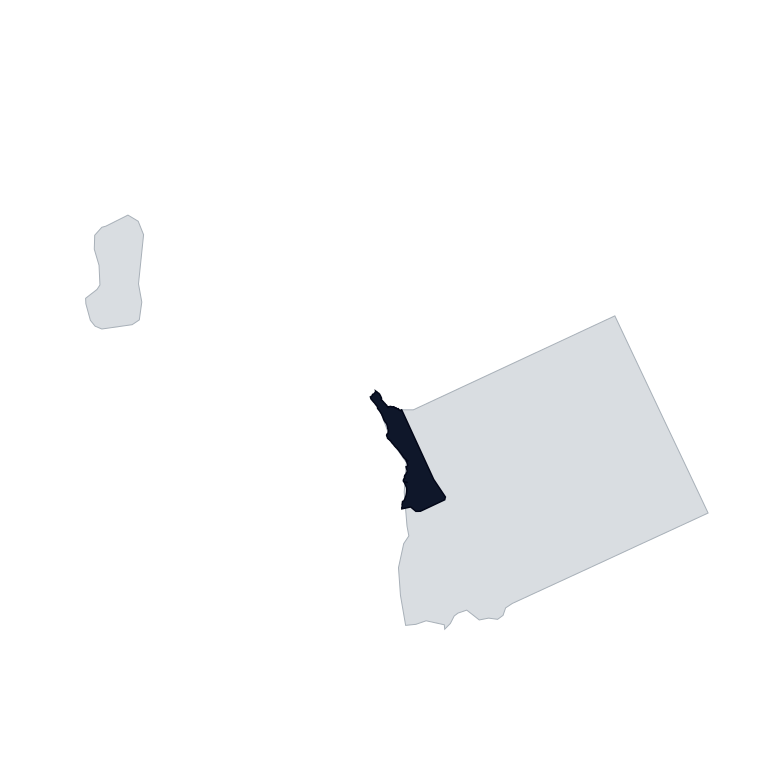 Bata, Litoral, Equatorial Guinea (highlighted), rotated 335°
{"feature_id": "11065452B98139425844484", "entity_name": "Bata", "entity_type": "district", "adm_level": 2, "iso_a3": "GNQ", "parent_name": "Equatorial Guinea", "parent_adm1": "Litoral", "projection": "robinson", "projection_center": [9.804, 2.002], "detail": "fine", "context": "in_parent", "style": "filled", "palette": "ink", "viewbox_px": 768, "rotation_deg": 335, "n_neighbors": 0, "source": "geoboundaries", "source_scale": "gbopen_adm2", "svg_char_len": 6210}
<svg xmlns="http://www.w3.org/2000/svg" viewBox="0 0 768 768"><g transform="rotate(335 384 384)"><path d="M622.0,419.8L622.2,463.1L622.4,499.6L622.6,539.2L622.9,580.4L623.1,615.3L623.2,637.9L589.4,637.8L544.6,637.6L499.8,637.5L455.0,637.3L432.4,637.2L407.6,637.1L399.6,638.3L394.1,644.0L387.5,645.3L379.9,640.4L370.6,638.1L368.1,633.1L363.4,623.9L354.2,622.9L349.6,623.9L342.9,629.1L335.4,631.9L336.9,627.7L322.1,616.4L311.4,615.3L301.6,611.9L309.6,582.5L319.5,556.6L334.4,537.0L342.3,532.2L344.8,522.5L356.6,490.6L371.1,464.6L366.6,438.4L370.1,394.2L374.3,395.5L374.9,399.6L376.0,405.8L381.5,411.3L399.6,419.8L453.5,419.8L485.7,419.8L533.3,419.8L583.7,419.8L622.0,419.8ZM194.5,122.7L198.6,123.4L223.3,122.7L230.0,132.6L229.2,147.1L203.8,189.5L199.1,207.4L189.3,222.5L180.8,223.8L151.5,214.9L146.6,209.5L144.8,202.2L147.7,185.3L149.8,180.2L163.9,177.0L168.4,174.2L175.9,156.0L178.4,139.4L184.7,126.9L194.5,122.7Z" fill="#d9dde1" stroke="#a8b0b8" stroke-width="1"/><path d="M389.1,414.2L388.9,414.8L388.8,415.0L388.6,415.2L388.4,415.4L388.1,415.2L387.9,415.2L387.5,415.0L387.4,414.8L387.4,414.6L387.2,414.3L387.1,414.1L386.6,413.7L386.4,413.4L386.4,413.0L386.6,412.7L386.5,412.4L386.4,412.4L386.1,412.3L385.8,412.2L385.6,412.1L385.4,411.9L385.3,411.6L385.2,411.5L385.2,411.4L385.1,411.0L385.0,410.9L384.9,411.1L384.7,411.1L384.4,411.1L384.3,410.9L384.1,410.3L383.9,410.3L383.8,410.1L383.7,410.0L383.7,409.9L383.7,409.6L383.5,409.3L383.5,409.1L383.3,408.8L383.2,408.7L382.8,408.5L382.4,408.4L381.4,408.0L381.2,407.9L381.1,407.7L380.9,407.4L380.5,407.1L380.1,406.9L379.8,406.9L379.4,406.8L379.2,406.8L378.6,406.5L378.2,406.4L377.9,406.2L377.8,406.3L377.9,406.6L377.9,406.9L377.9,407.1L377.7,407.1L377.6,406.8L377.6,406.3L377.6,406.1L377.6,405.9L377.5,405.7L377.4,405.0L377.4,404.7L377.4,404.4L377.4,404.2L377.0,403.6L376.7,402.8L376.7,402.1L376.5,401.8L376.4,401.6L376.3,401.3L376.1,400.9L376.0,400.4L376.0,400.0L375.9,399.9L375.8,399.5L375.6,399.3L375.6,399.1L375.5,398.7L375.4,398.0L375.3,397.9L375.2,397.9L374.9,397.7L374.7,397.6L374.7,397.3L374.8,397.0L375.1,396.8L375.2,396.7L375.3,396.2L375.6,396.1L375.6,395.8L375.7,395.6L375.8,395.4L375.7,395.0L375.8,394.8L375.8,394.1L375.8,393.3L375.8,392.6L375.7,392.1L375.7,391.9L375.7,391.6L375.7,391.3L375.6,391.2L375.4,390.9L375.4,390.6L375.4,390.3L375.3,390.1L375.2,390.0L374.8,389.4L374.4,389.0L374.3,388.9L374.4,388.3L374.3,388.2L374.1,387.9L373.9,387.6L373.8,387.4L373.7,387.2L373.5,386.9L373.4,386.7L373.3,387.1L373.2,387.2L373.0,387.4L372.8,387.6L372.2,387.9L372.0,388.1L371.5,388.4L371.2,388.4L370.8,388.6L370.6,388.7L370.1,388.7L369.7,388.6L369.4,388.6L369.2,388.7L369.0,388.8L368.9,388.9L368.9,389.0L368.7,389.3L368.6,389.6L368.4,389.6L368.2,389.7L368.0,389.8L367.8,389.8L367.7,389.8L367.6,389.7L367.4,389.7L367.2,389.8L367.0,390.0L366.8,390.0L366.7,390.1L366.3,390.0L366.3,390.3L366.2,390.4L366.1,390.5L366.1,391.0L366.0,391.3L366.0,391.5L365.9,391.9L365.9,392.1L366.1,392.5L366.2,392.8L366.3,393.1L366.3,393.4L366.3,393.6L366.4,393.9L366.4,394.0L366.5,394.3L366.6,394.6L366.8,395.2L366.9,395.6L366.9,395.8L367.4,397.1L367.6,398.3L367.7,398.8L368.0,400.1L368.3,401.0L368.3,401.7L368.3,402.0L368.2,402.6L368.2,402.8L367.9,403.2L367.9,403.7L368.1,404.4L368.2,404.8L368.7,407.0L368.8,408.2L369.0,409.6L369.1,410.2L369.1,410.8L369.0,411.1L369.1,412.2L369.0,413.2L369.0,413.6L368.9,414.1L369.0,414.6L368.8,415.5L368.8,416.0L368.8,416.8L368.8,417.4L368.9,417.7L369.1,419.1L369.2,419.7L369.4,420.3L369.5,421.1L369.5,421.7L369.3,423.1L369.1,424.2L369.0,424.8L368.9,425.0L368.8,425.3L368.6,425.8L368.5,426.6L368.5,426.9L368.5,427.1L368.5,427.3L368.4,427.5L368.3,427.8L368.2,428.1L368.1,428.3L368.0,428.5L367.8,428.8L367.4,429.5L366.9,430.0L366.4,430.7L366.3,430.8L366.2,430.8L365.9,430.7L365.7,430.8L365.6,430.7L365.2,431.0L364.7,431.5L364.7,431.9L364.6,432.3L364.5,432.6L364.5,432.8L364.7,433.3L364.7,433.5L364.3,434.2L364.3,434.5L364.5,435.2L364.8,435.9L364.8,436.0L365.0,436.1L365.2,436.4L365.3,436.6L365.3,437.0L365.4,437.4L365.5,437.6L365.6,437.8L365.8,438.1L366.0,438.3L366.0,438.5L366.0,439.0L366.1,439.5L366.4,440.9L366.5,441.4L366.9,442.4L367.0,442.8L367.2,443.2L367.2,444.0L367.5,445.0L367.7,445.6L367.9,446.2L368.0,446.6L368.2,447.0L368.3,447.2L368.3,447.3L368.7,447.6L368.8,447.8L368.7,447.9L368.7,448.0L368.6,448.3L368.8,448.9L369.1,449.7L369.4,451.1L369.7,452.9L370.0,454.0L370.1,454.8L370.4,456.2L370.4,456.7L370.5,457.1L370.8,458.9L371.0,459.3L371.1,459.7L371.4,460.6L371.5,461.2L371.7,461.4L371.8,461.5L372.1,461.7L372.3,462.0L372.3,462.4L372.3,462.5L372.3,463.1L372.6,463.4L372.9,463.7L372.6,463.7L372.3,463.6L372.2,463.4L372.1,462.8L371.9,462.4L371.7,462.4L371.6,462.7L371.7,463.4L371.6,463.9L371.7,464.3L371.6,464.8L371.6,465.5L371.5,465.8L371.4,466.3L371.4,466.8L371.3,467.6L370.8,468.0L370.4,468.2L370.0,468.4L369.7,468.5L369.1,468.3L368.9,468.4L368.9,468.7L368.9,469.0L368.9,469.4L368.8,469.7L368.7,469.8L368.5,471.4L368.5,471.8L368.3,472.3L368.0,473.0L367.6,473.5L367.4,473.7L367.1,473.9L366.7,474.1L366.4,474.3L366.2,474.6L366.0,475.1L365.8,475.2L365.6,475.2L365.3,475.1L364.8,475.3L364.2,475.6L363.9,476.0L363.7,476.2L363.6,476.5L363.4,476.8L363.2,476.9L363.1,477.2L363.0,477.5L362.9,478.0L363.0,478.2L362.9,478.3L362.5,478.3L362.0,478.3L361.8,478.5L361.4,478.8L361.1,479.1L360.9,479.4L360.7,479.7L360.5,480.3L360.5,480.5L360.6,481.1L360.7,481.3L361.2,481.5L361.9,481.8L362.1,481.8L362.3,482.0L362.6,482.0L362.8,482.1L362.9,482.3L363.2,482.7L363.3,482.8L363.3,483.0L363.2,483.0L363.0,482.8L362.9,482.6L362.6,482.4L362.3,482.3L362.1,482.1L361.8,482.0L361.5,481.8L361.3,481.8L360.9,481.7L360.8,481.9L360.8,482.6L360.8,483.6L360.8,484.2L360.7,485.9L360.8,486.8L360.6,487.6L360.4,488.3L360.1,489.1L359.8,489.7L359.0,491.2L358.4,492.2L357.4,493.6L357.0,494.2L356.2,495.0L355.4,495.8L354.7,496.6L353.9,497.3L353.6,497.5L353.1,497.9L352.7,498.2L352.4,498.4L352.2,498.4L351.8,498.3L351.6,498.3L351.3,498.3L351.0,498.5L350.8,498.8L350.5,499.4L350.2,500.0L349.9,500.4L349.6,500.5L349.4,501.1L349.0,502.2L348.8,502.5L348.5,503.0L348.4,503.2L348.2,503.2L347.8,503.6L347.6,504.2L347.4,504.7L356.2,506.7L359.1,512.9L363.2,514.7L390.1,514.6L391.6,512.6L391.9,512.4L388.7,491.5L389.1,414.2Z" fill="#0f172a" stroke="#020617" stroke-width="1.5"/></g></svg>